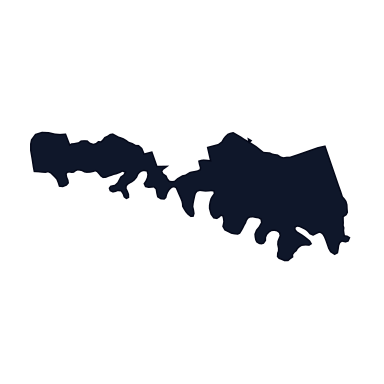 the district of Roque Gonzales, Rio Grande do Sul, Brazil, rotated 341°
{"feature_id": "56859067B27252303388192", "entity_name": "Roque Gonzales", "entity_type": "district", "adm_level": 2, "iso_a3": "BRA", "parent_name": "Brazil", "parent_adm1": "Rio Grande do Sul", "projection": "orthographic", "projection_center": [-55.124, -28.057], "detail": "fine", "context": "isolated", "style": "filled", "palette": "ink", "viewbox_px": 384, "rotation_deg": 341, "n_neighbors": 0, "source": "geoboundaries", "source_scale": "gbopen_adm2", "svg_char_len": 4214}
<svg xmlns="http://www.w3.org/2000/svg" viewBox="0 0 384 384"><g transform="rotate(341 192 192)"><path d="M266.0,286.1L266.5,283.9L268.9,282.2L271.4,281.3L273.2,279.7L275.7,278.6L278.3,278.0L282.2,278.9L285.4,280.3L287.8,279.7L287.2,276.7L285.7,274.2L283.7,271.1L282.0,268.7L280.2,266.5L277.9,263.6L277.0,260.7L278.1,258.6L280.5,258.4L282.4,259.4L284.5,261.4L286.6,263.5L287.9,265.1L289.0,267.1L290.1,269.9L292.5,272.1L295.8,271.6L299.2,271.3L301.0,272.5L302.2,274.6L302.8,277.6L303.0,281.8L303.0,289.8L303.7,293.6L306.6,297.3L309.7,296.8L311.5,293.6L313.2,290.2L315.2,287.9L317.7,287.1L321.0,289.1L323.6,289.1L326.0,286.5L324.3,284.4L321.7,283.0L322.2,280.0L322.7,277.6L323.8,275.3L323.9,272.8L324.9,270.5L325.7,267.8L326.8,264.5L330.3,263.6L332.2,261.8L333.0,258.6L334.2,254.5L334.4,251.0L333.7,248.4L332.5,245.5L332.6,240.0L332.5,233.6L332.6,192.0L325.4,191.2L304.4,191.3L295.8,191.2L293.1,190.2L289.6,189.6L287.1,187.9L284.9,185.0L281.8,183.4L279.8,182.1L278.2,180.5L272.3,177.9L267.2,169.9L262.3,163.7L258.0,158.8L256.2,156.3L250.2,149.4L247.1,149.1L244.8,149.2L241.7,150.6L239.5,152.0L236.6,154.5L232.4,155.8L221.3,155.0L219.8,168.6L216.2,166.9L213.4,165.7L211.1,165.2L208.6,165.1L208.2,168.1L208.0,171.9L207.0,173.7L204.0,174.0L200.9,173.6L198.4,173.2L196.4,173.0L191.3,174.1L188.3,173.7L182.8,174.8L179.0,176.4L176.5,175.8L174.0,174.6L172.8,171.5L172.6,168.5L170.3,165.4L170.0,162.4L172.1,160.9L174.3,160.3L176.6,159.6L167.1,156.5L167.0,141.2L159.0,140.6L158.8,137.6L158.6,134.5L156.5,130.8L153.7,129.7L151.3,126.9L148.1,124.4L146.5,122.0L144.3,119.4L142.0,117.5L140.3,116.3L135.9,111.5L133.4,111.1L130.5,111.9L127.3,112.2L124.9,113.8L122.3,115.1L119.9,114.0L117.2,115.1L114.2,115.0L111.1,112.6L109.5,109.7L106.7,108.6L103.7,107.8L101.0,108.7L98.2,108.3L96.1,108.0L93.7,107.4L91.6,107.9L91.2,96.2L85.9,94.8L81.1,92.7L75.7,89.3L69.6,86.9L62.8,86.7L57.3,90.5L55.2,94.1L53.1,100.2L51.7,108.8L50.3,116.4L49.6,121.2L53.4,122.7L56.6,124.2L59.9,125.6L62.6,125.8L64.8,128.0L66.2,130.8L67.2,132.8L68.5,135.8L68.7,139.6L68.6,143.3L71.6,144.7L75.5,144.5L77.9,143.1L78.4,140.5L78.2,137.1L78.8,133.7L80.6,132.6L82.8,133.1L84.7,134.2L86.6,134.6L88.9,133.8L91.0,133.7L93.0,134.6L95.0,135.8L97.1,138.0L99.0,139.0L102.1,139.9L105.3,140.3L107.5,140.3L109.1,141.8L110.3,144.7L111.2,147.2L112.7,149.2L115.3,149.9L118.6,149.7L121.4,149.8L123.7,149.7L126.2,150.0L130.3,149.9L133.0,149.4L135.6,151.6L133.1,153.8L129.7,154.7L125.0,159.1L121.5,160.7L119.0,160.4L117.0,160.2L115.2,161.5L115.2,164.1L117.3,166.1L119.8,166.4L122.2,166.3L125.5,167.8L126.4,171.3L126.4,174.5L127.9,176.7L130.2,176.4L131.1,173.5L131.0,170.4L130.6,167.2L131.7,164.8L133.7,163.6L136.1,163.0L138.2,162.7L141.1,161.8L144.3,159.9L146.5,157.5L148.7,156.2L151.2,155.6L153.5,155.9L156.5,157.5L156.1,161.2L154.6,164.0L152.1,166.7L149.6,168.6L149.9,171.7L152.5,173.4L154.9,174.0L157.8,174.7L159.2,177.6L158.4,182.1L158.1,185.4L160.4,188.2L163.4,189.5L165.3,188.7L167.1,186.0L168.7,184.2L171.2,182.2L174.3,180.8L176.7,181.0L178.5,182.6L178.8,185.5L179.0,188.9L179.5,194.5L179.6,197.6L179.3,200.0L178.6,202.5L179.2,205.8L179.9,208.7L181.0,211.5L183.0,214.6L185.2,215.2L186.8,212.9L187.5,209.2L187.8,206.1L189.2,203.2L190.9,200.2L192.2,198.1L193.4,196.1L194.7,194.3L197.0,192.8L199.9,192.9L202.2,194.0L205.1,195.4L208.0,196.2L210.5,196.8L213.2,198.1L212.6,201.0L209.7,203.0L207.8,204.7L205.9,207.5L204.3,210.4L203.3,213.2L203.1,215.9L202.9,219.2L204.2,223.5L206.9,225.0L209.5,224.4L211.8,223.3L213.5,224.7L213.3,227.0L212.6,230.4L211.3,232.7L210.1,234.6L210.8,238.5L213.9,241.6L215.9,243.7L218.3,245.1L221.5,246.6L223.6,246.4L226.1,244.4L228.1,242.6L230.5,240.2L232.5,238.5L234.0,236.6L236.1,234.9L238.4,234.4L241.4,235.1L244.4,236.9L246.6,238.0L248.5,240.2L247.9,243.7L246.2,245.2L244.2,247.0L240.6,249.2L237.9,252.4L237.2,255.2L236.8,258.0L237.1,260.3L238.9,262.5L240.8,263.5L242.9,263.6L245.6,261.7L246.6,258.8L248.7,256.4L251.8,254.8L254.5,254.2L257.4,254.9L259.9,256.4L261.6,258.9L261.3,262.1L258.9,264.8L257.3,266.7L256.1,269.6L255.6,273.4L254.6,276.1L253.2,277.7L251.9,280.9L252.8,283.1L254.9,284.8L257.3,287.0L260.5,288.0L262.9,287.0L266.0,286.1ZM262.3,163.7L264.6,162.7L262.6,160.3L262.3,163.7Z" fill="#0f172a" stroke="#020617" stroke-width="1.5"/></g></svg>